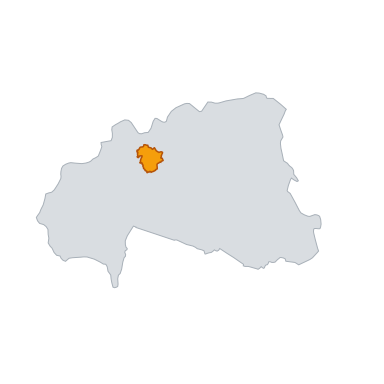 Nayala, Nayala, Burkina Faso shown in context, rotated 19°
{"feature_id": "67063806B13297228427715", "entity_name": "Nayala", "entity_type": "district", "adm_level": 2, "iso_a3": "BFA", "parent_name": "Burkina Faso", "parent_adm1": "Nayala", "projection": "natural_earth1", "projection_center": [-3.089, 12.661], "detail": "fine", "context": "in_parent", "style": "filled", "palette": "amber", "viewbox_px": 384, "rotation_deg": 19, "n_neighbors": 0, "source": "geoboundaries", "source_scale": "gbopen_adm2", "svg_char_len": 7369}
<svg xmlns="http://www.w3.org/2000/svg" viewBox="0 0 384 384"><g transform="rotate(19 192 192)"><path d="M278.8,243.5L269.7,244.0L266.4,245.1L264.5,245.1L264.4,244.2L264.2,243.6L252.7,240.4L244.7,238.5L236.6,236.4L236.2,238.4L235.0,239.7L233.2,239.8L232.0,239.4L231.2,241.0L229.9,242.9L228.0,243.9L226.2,245.2L225.1,246.2L224.4,246.3L222.5,243.7L220.1,243.5L215.4,243.9L213.4,243.2L210.5,242.8L203.9,243.4L193.2,242.3L191.4,242.9L191.0,243.4L180.4,243.5L168.8,243.6L159.0,243.7L150.5,243.8L150.5,243.4L147.8,243.3L147.5,244.2L145.1,254.4L144.8,259.9L146.1,263.4L147.5,265.6L149.1,266.5L149.3,267.7L148.0,269.3L148.1,271.0L149.6,272.7L150.0,274.4L149.2,276.3L149.4,280.8L150.6,287.9L150.6,292.5L149.5,294.6L150.0,298.2L152.1,303.2L152.5,305.4L151.8,306.4L150.0,307.7L148.3,307.7L146.2,304.6L145.3,303.2L143.6,300.1L142.2,297.0L140.3,295.6L138.4,294.3L136.2,290.3L134.0,288.4L131.6,289.0L128.2,288.2L121.4,287.3L114.0,287.6L111.0,288.5L107.9,289.9L100.3,293.1L97.3,294.7L95.0,298.7L92.4,298.6L89.8,297.3L88.1,295.5L84.6,295.9L81.3,294.1L78.0,290.7L75.6,289.5L72.6,287.0L71.7,282.3L69.8,278.9L68.0,274.3L65.4,272.2L62.3,271.1L58.1,271.3L55.3,269.5L53.1,266.7L53.7,264.4L54.7,261.1L54.8,257.8L55.5,252.6L55.1,246.1L54.4,241.5L56.7,239.6L59.4,237.9L61.1,234.8L62.8,227.9L63.6,221.9L63.0,219.7L62.1,217.9L61.4,215.3L61.0,212.1L61.5,209.4L63.6,206.8L66.1,204.7L67.9,203.7L72.7,202.6L78.7,201.0L82.2,199.2L84.7,197.4L86.1,196.0L87.6,193.1L89.9,190.8L91.7,188.5L92.0,182.2L92.0,178.5L90.6,176.5L89.9,174.8L98.8,169.8L98.9,166.3L97.6,162.4L95.9,159.3L95.3,156.5L97.7,153.3L99.9,150.9L101.5,148.9L105.0,145.7L108.6,144.9L111.9,146.1L121.6,153.5L123.3,153.9L125.3,153.4L127.9,151.4L131.2,149.9L132.5,145.0L132.3,137.8L133.1,134.4L134.8,133.9L140.4,135.2L141.9,135.3L143.5,134.9L144.7,133.6L144.6,131.2L144.4,129.2L146.2,122.5L149.5,117.4L156.2,111.1L158.3,109.9L160.8,109.2L172.8,113.6L174.8,112.5L177.7,101.8L181.0,100.7L184.9,100.5L187.4,99.6L188.7,98.9L194.5,94.8L204.5,89.3L210.0,86.9L211.0,86.0L214.9,82.1L220.0,77.5L223.3,76.6L227.9,76.3L230.7,77.0L231.5,78.3L232.5,79.0L238.4,77.1L246.9,80.1L254.2,83.1L253.8,85.0L253.7,88.4L253.1,93.7L252.4,100.1L255.5,104.2L259.1,108.7L260.1,110.4L259.2,114.8L259.8,117.3L261.8,121.6L265.1,127.0L268.4,132.6L270.8,133.3L273.0,133.8L274.3,134.8L276.3,135.8L278.3,136.4L280.0,137.6L281.1,138.8L282.5,142.2L286.3,144.5L288.9,146.8L287.9,147.9L284.6,147.4L281.5,146.5L281.1,148.1L281.0,154.4L281.5,159.7L282.2,160.4L285.3,161.4L292.8,168.2L299.5,174.6L301.8,176.3L305.5,177.0L309.7,177.2L311.5,176.6L315.5,173.4L317.6,173.0L319.6,173.1L320.7,173.6L322.7,176.3L324.5,180.3L325.0,183.3L324.9,184.9L324.2,185.4L320.9,186.2L319.5,186.8L319.2,187.7L319.7,189.7L320.3,191.0L324.0,196.8L329.2,204.5L330.9,206.6L330.0,208.9L327.3,215.0L325.4,217.5L316.6,226.1L312.3,225.1L303.3,226.9L301.9,224.9L299.8,224.6L297.2,225.0L296.2,225.7L295.9,226.6L295.0,227.8L293.4,231.2L292.1,232.0L290.5,232.6L288.5,232.5L287.3,233.0L287.3,234.7L287.0,236.1L285.7,236.9L285.1,238.5L285.2,240.1L284.4,240.9L282.7,240.5L281.7,240.0L280.8,242.1L279.6,243.6L278.8,243.5Z" fill="#d9dde1" stroke="#a8b0b8" stroke-width="1"/><path d="M147.1,186.5L148.2,185.5L148.9,184.8L149.4,184.5L149.6,184.2L149.6,184.3L149.9,184.0L149.9,183.9L150.1,183.6L150.4,183.4L150.5,183.3L150.5,183.1L150.5,182.8L150.4,182.7L150.5,182.5L150.7,182.3L151.1,181.9L151.6,181.4L151.5,181.2L151.4,181.0L151.3,180.6L151.1,180.1L150.9,179.6L150.5,178.8L150.1,177.9L149.9,177.2L150.0,177.0L150.0,176.9L150.1,176.6L150.2,176.4L150.3,176.2L150.5,176.0L150.7,175.8L150.8,175.7L151.0,175.5L151.1,175.4L151.2,175.2L151.4,175.0L151.6,174.8L151.6,174.6L151.7,174.4L151.8,174.4L152.1,174.3L152.2,174.2L152.4,174.0L152.6,174.0L152.8,174.0L152.8,173.8L152.8,173.5L152.9,173.2L153.0,173.0L153.0,172.9L153.3,172.7L153.5,172.6L153.7,172.4L153.8,172.2L154.1,171.9L154.3,171.8L154.4,171.6L154.1,171.2L153.9,171.0L153.6,170.6L153.3,170.3L153.0,170.0L152.9,169.9L152.7,169.8L152.4,170.0L152.2,170.0L151.9,170.1L151.7,170.0L151.5,169.9L151.4,169.8L151.3,169.6L151.3,169.4L151.4,169.2L151.5,168.8L151.5,168.7L151.2,167.9L151.1,167.7L151.2,167.4L151.3,166.9L151.3,166.6L151.2,166.4L151.2,166.1L151.2,165.8L151.4,165.2L151.4,164.9L151.3,164.4L151.2,164.1L150.9,164.0L150.6,164.0L150.1,164.0L149.8,164.0L149.7,164.0L149.2,164.3L149.0,164.5L148.7,164.6L148.4,164.9L147.9,165.2L147.8,165.3L147.6,165.2L146.5,165.1L145.9,164.9L145.7,164.9L145.4,164.8L145.2,164.8L144.9,164.7L144.6,164.5L144.3,164.2L144.1,164.1L143.9,164.0L143.8,163.9L143.6,163.6L143.2,163.4L142.9,163.0L142.6,162.8L142.4,162.6L142.2,162.5L141.9,162.8L141.8,162.7L141.7,162.8L141.6,163.1L141.4,163.5L141.2,163.9L141.1,164.0L140.8,164.4L140.7,164.5L140.3,164.4L140.0,164.2L139.9,164.1L139.0,163.7L138.9,163.7L138.7,163.6L138.4,163.7L138.0,163.7L137.8,163.7L137.4,163.8L137.0,163.8L136.6,163.9L136.4,163.8L136.2,163.8L135.9,163.5L135.7,163.2L135.4,162.8L135.0,162.3L134.9,162.2L134.7,162.3L134.2,162.5L133.7,162.5L132.6,162.5L132.3,162.6L132.0,162.6L131.8,162.7L131.6,162.8L131.3,163.0L131.1,163.2L131.1,163.3L131.2,163.8L131.3,164.2L131.3,164.4L131.2,164.7L131.1,164.9L130.9,165.2L130.7,165.4L130.4,165.5L129.9,165.8L129.3,166.0L128.8,166.3L128.6,166.5L128.4,166.7L128.3,167.1L128.2,167.3L128.1,167.7L128.0,168.3L128.0,168.8L127.9,169.0L127.8,169.4L127.7,169.5L127.5,169.9L127.4,170.1L127.2,170.2L126.8,170.1L126.7,170.1L126.7,170.3L126.6,170.5L126.5,171.0L126.6,171.4L126.7,171.5L126.9,171.5L127.0,171.7L127.1,171.8L127.3,171.7L127.5,171.8L127.8,172.0L127.9,172.3L127.7,172.5L127.6,172.8L127.8,172.9L128.0,173.2L128.1,173.3L128.2,173.5L128.2,173.9L128.3,174.3L128.4,174.5L128.5,174.7L128.9,175.1L129.0,175.2L129.1,175.3L129.1,175.5L128.9,175.8L128.8,176.0L128.7,176.3L128.7,176.5L128.8,176.6L129.1,176.9L129.3,176.9L129.5,177.0L129.8,177.0L129.9,176.9L130.2,176.8L130.3,176.6L130.3,176.4L130.4,176.2L130.5,175.9L130.5,175.6L130.6,175.3L130.7,175.1L130.8,175.1L131.0,175.1L131.1,174.9L131.2,174.7L131.3,174.6L131.5,174.5L131.8,174.5L132.0,174.4L132.4,174.2L132.7,174.3L132.8,174.3L132.9,174.2L133.0,174.2L133.0,174.3L133.0,174.5L133.3,174.9L133.3,175.0L133.2,175.1L133.1,175.6L133.0,175.9L133.0,176.2L133.0,176.3L132.9,176.5L133.0,177.0L133.0,177.3L133.0,177.7L132.9,177.9L133.0,178.3L133.1,178.6L133.0,178.9L133.0,179.1L133.1,179.3L133.2,179.5L133.4,179.9L133.4,180.0L133.5,180.1L133.5,180.3L133.3,180.7L133.2,180.9L133.1,181.0L133.3,181.3L133.6,181.5L134.1,181.3L134.2,181.1L134.3,181.1L134.5,181.0L134.6,180.9L134.8,180.9L135.1,180.8L135.3,180.9L135.4,181.0L135.5,181.1L135.5,181.4L135.5,181.5L135.6,181.8L135.8,181.9L136.3,181.9L136.4,182.0L136.5,182.2L136.5,182.3L136.6,182.5L137.1,182.7L137.1,182.8L137.2,183.3L137.2,183.5L137.3,183.8L137.6,184.1L137.9,184.3L138.2,184.6L138.3,184.7L138.3,184.8L138.3,185.0L138.4,185.3L138.6,185.5L138.8,185.6L139.0,185.7L139.3,185.8L139.5,185.9L139.8,186.0L140.0,186.0L140.3,186.3L140.3,186.5L140.5,186.8L140.8,187.0L141.0,186.9L141.1,187.0L141.3,186.9L141.8,187.1L142.1,187.1L142.4,187.1L142.5,187.2L142.7,187.3L142.8,187.7L142.9,188.0L143.0,188.2L143.1,188.3L143.3,188.3L143.6,188.1L143.6,187.9L143.9,187.6L144.0,187.5L144.2,187.4L144.3,187.4L144.4,187.2L144.6,187.0L144.9,187.0L145.1,187.0L145.3,186.9L145.4,186.7L145.6,186.4L145.6,186.2L145.8,186.2L146.1,186.4L146.2,186.5L146.3,186.5L146.6,186.3L146.7,186.2L146.8,186.2L146.9,186.3L147.0,186.3L147.1,186.5Z" fill="#f59e0b" stroke="#b45309" stroke-width="1.5"/></g></svg>